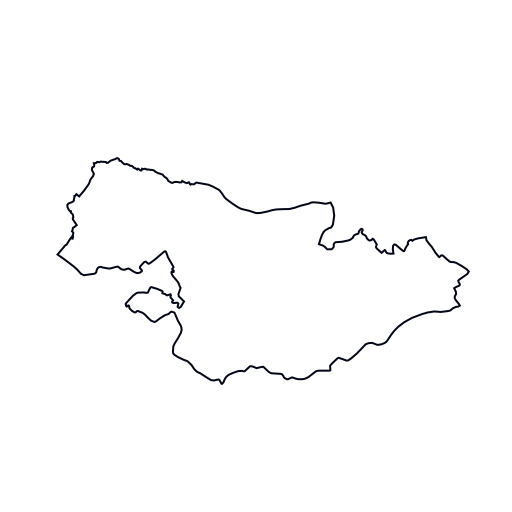 the district of Nam Dan, Nghệ An, Vietnam, rotated 134°
{"feature_id": "81297802B54877143810300", "entity_name": "Nam Dan", "entity_type": "district", "adm_level": 2, "iso_a3": "VNM", "parent_name": "Vietnam", "parent_adm1": "Nghệ An", "projection": "robinson", "projection_center": [105.532, 18.674], "detail": "fine", "context": "isolated", "style": "outline", "palette": "ink", "viewbox_px": 512, "rotation_deg": 134, "n_neighbors": 0, "source": "geoboundaries", "source_scale": "gbopen_adm2", "svg_char_len": 6135}
<svg xmlns="http://www.w3.org/2000/svg" viewBox="0 0 512 512"><g transform="rotate(134 256 256)"><path d="M119.4,92.1L119.2,95.1L120.0,99.8L121.8,107.1L123.2,109.7L124.9,111.5L125.6,113.4L125.9,122.0L126.4,122.8L127.1,123.2L129.4,123.3L129.6,123.9L129.0,129.1L127.4,135.5L127.0,139.7L126.3,144.2L124.4,146.9L130.8,151.7L134.3,153.7L136.4,154.1L136.5,155.5L137.6,156.2L139.0,156.6L140.0,156.4L140.8,156.1L141.6,155.5L141.8,154.8L144.5,154.4L146.8,153.8L149.4,152.8L150.0,153.1L150.3,154.3L150.8,163.0L151.3,164.2L152.0,164.6L153.5,164.4L155.9,162.5L158.8,158.8L161.0,160.9L162.3,162.7L162.9,163.9L162.9,165.0L162.1,167.0L162.3,167.5L166.5,167.9L166.7,174.4L166.3,175.9L163.8,177.2L162.4,182.4L162.4,183.3L162.7,184.1L163.1,183.9L164.0,184.0L165.3,184.5L166.1,185.3L166.3,186.0L166.3,188.5L165.5,190.0L165.3,191.5L165.4,192.1L166.1,194.4L166.0,195.2L165.7,196.2L165.2,196.6L163.3,197.2L162.9,197.8L163.0,198.7L163.4,199.1L164.3,199.3L166.8,199.1L168.1,198.2L168.9,198.0L170.0,198.4L170.5,198.9L172.7,199.7L174.1,199.6L175.7,199.0L178.9,199.5L181.0,200.6L186.1,204.1L190.9,208.4L192.7,208.5L193.5,208.2L195.6,206.4L197.4,206.2L198.6,206.3L201.7,209.4L201.6,213.0L202.1,215.3L203.8,218.9L199.6,221.1L194.9,223.2L192.1,224.0L189.6,224.1L185.1,222.8L183.2,221.7L180.0,222.5L172.7,227.7L167.6,234.1L165.7,239.5L168.5,241.1L170.2,242.4L174.6,248.6L177.6,252.1L179.2,253.4L182.1,254.6L188.4,258.6L194.6,261.8L199.0,264.6L203.8,269.4L208.6,273.9L212.1,276.4L215.6,278.4L221.4,282.3L223.9,284.5L225.2,286.0L228.2,292.3L232.4,299.4L233.5,303.0L234.7,309.5L235.7,317.0L235.6,319.6L234.6,324.2L234.1,327.5L234.2,328.8L236.0,335.1L237.7,339.6L244.4,349.6L245.0,350.1L247.6,350.4L249.1,352.4L250.2,352.8L250.2,353.4L249.7,354.9L249.6,355.5L251.7,356.4L252.6,358.5L253.3,361.2L253.9,361.0L254.9,360.9L256.3,362.2L257.0,363.5L259.0,365.8L261.6,367.0L262.2,368.2L262.9,371.1L262.1,373.9L262.6,377.1L262.3,379.7L264.7,384.7L264.9,385.9L265.3,386.7L265.3,388.6L265.6,389.4L266.4,390.7L267.5,391.9L268.7,393.8L269.6,394.5L270.2,396.3L272.0,397.7L272.4,398.6L273.9,397.8L274.2,397.9L274.6,398.3L274.8,398.9L274.8,399.7L275.1,401.5L276.4,401.5L276.7,403.8L277.3,404.4L277.3,407.4L278.5,409.2L278.8,411.0L279.7,413.0L280.8,413.7L281.5,414.7L281.6,417.4L281.4,419.0L282.1,419.8L282.2,420.3L282.1,420.9L281.5,422.1L281.5,422.5L282.1,424.0L284.5,424.7L285.3,425.3L288.5,426.8L291.8,427.3L292.8,428.2L292.7,429.3L296.0,433.3L297.0,433.6L297.4,433.9L298.7,435.6L300.1,435.6L301.9,437.1L302.5,436.0L303.8,434.8L304.2,434.7L306.0,435.3L306.4,435.2L307.0,434.6L307.5,434.4L308.2,433.5L309.5,429.7L312.2,428.5L313.1,428.6L316.2,428.1L319.7,426.5L320.8,426.2L328.3,425.1L336.0,424.6L336.3,428.2L338.3,427.8L339.0,428.3L340.2,427.2L341.6,426.5L342.7,425.5L343.4,425.4L345.2,425.8L347.1,426.8L348.8,427.4L350.4,427.2L351.0,426.4L351.7,425.8L352.3,424.0L352.8,423.0L353.0,420.8L352.4,420.3L353.4,419.2L353.3,416.8L355.0,414.3L356.3,413.9L357.0,412.7L358.3,406.4L361.4,406.8L362.7,407.2L363.2,407.1L364.6,406.1L366.1,405.5L366.1,404.2L366.3,403.4L367.4,402.7L368.4,402.3L369.0,401.2L370.8,399.9L371.2,400.2L370.8,401.8L373.1,401.5L379.6,400.1L380.6,400.6L392.8,399.8L391.4,390.6L390.1,379.5L390.0,375.2L390.4,369.4L389.3,366.4L381.0,359.9L379.9,359.6L378.8,359.6L377.0,360.7L375.1,361.4L374.1,361.4L372.8,361.1L371.4,359.8L370.8,358.3L367.9,354.0L366.4,352.3L361.5,349.4L360.1,348.4L359.5,347.8L359.1,343.7L357.5,341.2L353.9,339.3L353.6,338.9L353.2,338.0L352.3,333.4L351.3,330.2L350.0,328.8L348.4,327.9L347.0,327.6L345.9,327.7L345.6,328.4L345.3,331.1L344.3,331.9L343.5,332.1L337.9,332.2L337.1,331.8L336.6,331.3L336.4,328.4L336.2,327.9L335.6,327.5L333.4,327.0L328.1,326.2L316.6,325.1L315.9,324.8L315.6,324.4L315.6,323.5L318.2,318.1L321.1,308.0L321.4,307.5L323.2,307.4L323.7,307.0L323.7,305.3L323.9,304.7L324.8,304.2L325.2,304.5L325.7,305.7L326.2,305.7L327.0,305.0L328.1,302.3L328.9,294.5L329.2,293.2L331.0,289.3L331.3,288.1L337.2,285.4L338.6,283.6L338.7,276.2L344.9,274.8L346.7,275.2L347.1,276.9L346.6,277.4L344.5,278.5L344.1,279.1L344.1,279.8L344.3,280.2L347.3,282.8L347.5,283.5L347.5,284.3L347.2,284.6L345.5,284.8L345.2,288.5L344.9,289.2L343.5,289.8L343.1,290.4L343.0,290.9L346.0,292.6L346.3,293.1L346.5,295.0L347.6,296.8L347.8,297.5L346.7,298.3L346.4,298.7L346.4,299.3L348.4,304.5L351.1,309.7L351.7,310.0L352.3,310.0L354.2,309.5L357.2,308.4L358.4,308.9L360.1,311.3L364.4,315.5L365.7,316.2L370.1,316.9L379.8,316.7L381.1,316.4L382.2,314.5L382.1,313.8L380.4,313.6L380.1,313.3L380.2,312.5L381.3,311.1L381.6,309.8L381.6,306.8L380.9,304.1L380.1,303.4L378.9,303.4L378.0,303.2L377.4,302.3L375.7,298.2L375.3,295.9L375.5,289.7L375.4,286.7L374.6,284.5L374.0,283.2L372.4,282.5L367.1,281.7L361.6,280.3L358.5,278.6L355.7,278.5L354.8,278.2L353.4,275.5L353.6,274.7L356.8,267.2L358.4,261.7L359.3,260.0L360.9,258.1L363.4,256.7L369.3,255.0L375.6,253.7L378.4,252.7L382.4,249.4L383.5,248.0L383.8,246.2L382.9,241.9L381.0,236.1L379.4,232.5L379.2,230.8L379.2,226.6L380.3,221.8L380.3,218.1L379.1,214.6L377.4,206.1L376.5,202.2L374.9,199.9L371.1,197.4L370.7,196.7L370.7,195.8L371.8,192.3L371.7,191.7L369.7,191.6L366.3,192.9L364.1,193.4L361.5,193.3L359.1,192.6L356.2,191.4L351.1,188.8L348.5,186.4L347.7,185.0L346.8,184.1L339.5,183.7L339.1,183.4L338.0,182.0L336.2,177.6L332.8,175.5L330.8,174.0L330.6,173.4L330.5,166.5L330.2,164.8L329.6,163.4L323.5,156.2L323.0,154.8L323.2,153.4L323.9,151.5L323.9,150.5L323.2,148.3L322.4,147.4L318.2,145.7L316.6,142.2L315.1,139.8L312.2,136.9L310.2,135.5L306.8,134.2L297.4,132.8L295.2,131.5L287.3,123.3L286.6,123.1L283.6,126.3L283.0,126.6L279.2,126.6L273.1,126.3L272.0,126.0L271.3,124.8L268.4,118.4L267.9,117.8L267.1,117.2L263.5,116.4L255.8,115.7L243.7,115.8L242.4,115.4L240.4,114.4L237.8,112.1L235.6,106.9L232.7,104.6L229.2,103.0L226.7,102.6L218.5,104.1L213.6,104.6L207.9,104.5L200.7,103.4L192.2,100.8L182.0,96.0L178.6,93.9L177.8,93.6L172.0,89.2L167.8,84.1L161.9,79.4L160.3,78.4L156.6,78.0L153.6,76.7L151.9,75.4L150.1,74.9L149.5,77.2L148.9,82.1L148.3,83.7L147.6,84.4L146.6,85.1L144.4,85.6L142.9,87.3L141.5,91.1L138.9,90.4L136.5,89.3L135.3,89.3L134.7,89.8L133.8,92.7L133.2,93.4L131.9,93.4L122.2,91.5L119.4,92.1Z" fill="none" stroke="#020617" stroke-width="2"/></g></svg>